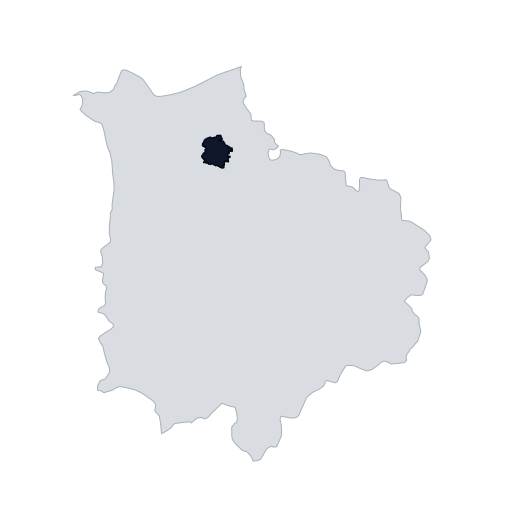 location of Dzyatlava, Grodno, Belarus, rotated 82°
{"feature_id": "67162791B37208014069458", "entity_name": "Dzyatlava", "entity_type": "district", "adm_level": 2, "iso_a3": "BLR", "parent_name": "Belarus", "parent_adm1": "Grodno", "projection": "mercator", "projection_center": [25.377, 53.437], "detail": "fine", "context": "in_parent", "style": "filled", "palette": "ink", "viewbox_px": 512, "rotation_deg": 82, "n_neighbors": 0, "source": "geoboundaries", "source_scale": "gbopen_adm2", "svg_char_len": 7058}
<svg xmlns="http://www.w3.org/2000/svg" viewBox="0 0 512 512"><g transform="rotate(82 256 256)"><path d="M418.5,374.3L410.5,373.8L400.8,374.0L395.3,377.8L389.4,375.9L385.2,378.1L375.6,388.5L371.9,394.1L368.4,402.7L366.2,409.0L367.4,413.5L369.1,417.6L369.5,422.0L370.4,425.5L368.1,428.0L366.7,431.6L362.6,431.0L357.7,427.5L356.7,422.5L352.9,418.9L350.4,417.1L346.2,416.8L339.6,418.5L331.0,419.7L324.5,420.1L321.0,421.9L315.7,423.6L313.7,421.6L310.8,415.8L308.4,410.1L306.7,407.6L305.3,406.9L303.6,407.0L301.5,408.8L300.0,410.7L294.6,412.9L292.2,414.9L289.5,420.2L287.8,419.8L286.0,418.6L283.9,412.7L281.1,411.3L276.5,411.3L270.8,410.0L266.3,408.2L264.6,408.7L261.9,411.2L258.9,411.5L252.4,409.3L251.2,410.3L247.4,416.8L245.7,417.1L244.7,416.3L245.2,410.7L241.5,408.7L235.1,408.4L230.7,409.2L228.5,408.9L227.4,407.8L221.9,398.3L219.1,397.7L213.9,398.2L206.3,397.1L197.5,394.9L192.6,394.1L190.1,392.0L184.7,391.3L170.2,387.2L164.2,386.5L155.5,386.5L142.2,385.6L133.7,386.1L129.7,387.4L125.1,388.2L109.3,389.3L103.7,390.4L102.1,392.4L100.2,396.8L93.7,404.3L87.4,409.4L86.2,409.8L82.5,407.1L79.4,406.2L75.8,405.9L73.2,406.8L71.6,408.1L71.8,413.9L71.5,414.4L68.7,407.5L68.9,401.2L70.5,397.6L72.4,394.4L71.6,389.6L73.4,383.1L73.5,378.5L72.7,376.4L71.2,374.1L67.1,371.5L65.2,369.5L59.7,366.8L54.1,363.5L53.2,361.4L53.5,360.0L54.4,357.8L58.6,351.5L63.2,345.4L66.1,342.9L81.7,335.0L84.1,332.3L84.7,327.6L84.4,318.1L83.5,309.4L82.3,303.4L79.3,292.2L71.2,268.7L66.4,244.2L69.5,245.7L77.0,246.2L82.9,244.5L85.9,244.3L88.6,244.8L96.4,243.4L98.3,245.6L101.8,247.6L108.6,244.8L114.7,241.3L121.0,241.7L121.9,240.0L123.4,231.2L125.3,229.3L132.8,230.2L135.6,228.6L138.5,224.3L142.9,221.6L146.6,221.6L150.4,218.6L152.3,220.6L153.3,224.2L152.0,227.1L152.5,228.3L155.2,229.7L159.8,229.7L162.7,228.5L163.4,226.8L163.4,223.8L162.6,221.0L160.7,218.6L157.1,217.3L154.5,217.3L154.1,215.7L155.0,212.4L157.2,206.3L160.0,200.8L161.7,198.7L161.9,196.8L161.6,193.5L161.6,187.4L164.0,178.9L167.4,172.6L171.8,170.5L177.3,169.4L180.8,166.4L182.5,162.9L184.0,157.3L185.8,156.2L198.9,156.9L200.9,151.4L202.1,149.9L204.6,148.2L206.4,146.3L205.7,144.8L202.3,143.8L194.4,142.9L192.8,141.1L193.3,138.9L195.4,133.2L197.5,125.8L198.5,120.1L198.6,116.7L199.7,115.8L206.2,114.7L208.3,113.5L213.9,105.7L218.1,104.3L229.1,106.4L234.1,106.2L240.4,106.8L241.0,106.0L243.2,98.2L254.0,85.7L259.8,81.3L263.5,80.4L264.7,80.6L270.5,87.2L271.9,87.5L275.8,84.7L282.4,84.5L285.5,86.8L290.0,94.9L292.2,95.8L298.7,91.3L302.3,89.8L304.7,89.9L316.9,96.1L317.8,98.2L317.9,100.5L316.0,107.8L318.5,112.3L321.5,115.4L327.8,110.4L330.1,108.9L332.6,108.9L336.0,107.0L338.5,104.2L340.8,103.2L345.3,103.9L353.5,103.2L362.9,107.7L363.7,109.0L368.5,114.2L370.1,116.8L371.7,117.6L374.2,120.1L377.6,121.7L379.9,121.2L381.0,122.0L382.1,124.0L382.2,127.4L381.8,137.0L378.4,142.0L378.0,143.7L378.2,145.9L380.8,150.0L384.3,156.4L385.1,160.1L385.1,162.8L380.4,171.0L378.8,172.9L377.7,176.9L377.2,180.9L377.5,182.6L385.4,189.1L391.2,192.6L392.5,194.3L392.6,195.3L389.5,202.2L389.2,204.0L393.9,206.9L396.5,211.4L398.8,218.7L403.2,225.6L419.7,235.8L421.2,237.6L421.7,239.8L421.2,244.6L418.1,253.5L421.0,254.9L428.3,254.5L437.1,255.6L447.7,262.0L447.8,264.8L446.7,267.4L447.4,270.2L448.6,272.5L457.8,279.5L458.6,281.6L458.8,285.0L458.6,287.5L456.0,288.0L453.2,289.2L448.6,292.2L446.7,296.5L439.3,302.3L434.6,304.9L431.0,305.0L422.2,303.9L419.1,301.0L417.9,298.3L414.5,297.1L410.0,297.0L403.8,297.5L402.6,298.3L401.6,301.5L398.9,307.1L397.1,310.2L404.9,321.1L408.8,325.6L410.1,328.3L410.0,330.3L408.2,332.6L408.4,337.2L412.3,343.3L411.0,344.2L410.6,351.7L410.6,359.6L411.6,361.5L413.7,363.1L415.4,366.0L418.3,372.6L418.5,374.3Z" fill="#d9dde1" stroke="#a8b0b8" stroke-width="1"/><path d="M148.8,264.9L148.3,264.9L147.8,264.8L146.9,264.7L146.4,264.8L145.9,264.8L145.7,264.9L145.9,265.4L146.2,265.7L146.3,266.0L145.9,266.3L145.4,266.5L144.9,266.7L144.4,266.9L144.2,267.6L143.9,268.2L143.1,268.7L142.7,268.9L142.6,269.4L142.4,269.9L142.2,270.4L141.9,270.8L141.4,271.1L140.8,271.3L140.1,271.4L139.7,271.5L139.4,271.7L139.2,272.0L138.8,272.1L138.3,272.2L137.9,272.3L137.8,272.7L137.8,273.1L137.8,273.6L137.5,274.0L137.2,274.1L136.9,274.4L136.8,274.7L136.8,275.2L137.0,275.6L136.9,276.0L136.8,276.5L136.5,276.6L136.2,276.3L136.1,275.8L136.1,275.2L136.0,274.6L136.1,274.1L136.0,273.6L135.8,273.3L135.5,273.2L135.3,273.3L135.2,273.5L134.6,273.4L134.4,273.5L134.2,273.6L133.9,273.8L133.5,274.0L133.0,274.0L132.4,274.0L131.9,274.1L131.5,274.5L131.6,275.0L131.9,275.2L131.7,275.5L131.5,276.2L131.2,276.6L131.3,277.4L131.4,277.7L131.5,278.1L131.9,278.5L132.2,278.7L132.7,278.7L133.2,278.9L133.4,279.2L133.6,279.8L133.6,280.1L133.1,280.3L132.7,280.4L132.8,280.9L132.9,281.3L133.0,282.2L133.0,282.9L133.0,283.5L132.8,283.9L132.6,284.2L132.2,284.4L132.0,284.6L132.1,284.9L132.2,285.1L132.2,285.4L132.1,285.7L132.2,286.1L132.4,286.3L132.6,286.6L132.6,287.3L132.6,287.9L132.8,288.6L133.2,289.0L133.3,289.3L133.4,289.9L133.8,290.5L134.1,290.9L134.5,291.0L134.9,291.3L135.6,291.7L136.1,292.0L136.5,292.3L136.8,292.7L136.9,292.8L137.2,293.1L137.7,293.1L138.2,293.1L138.5,293.5L139.0,293.6L139.3,293.5L139.4,293.1L139.7,293.0L140.1,292.9L140.1,292.6L140.0,292.1L140.3,291.8L140.9,291.7L141.2,291.2L141.4,290.7L141.8,290.5L142.4,290.5L143.0,290.6L143.3,291.0L143.4,291.4L143.7,291.7L143.9,291.7L144.4,291.7L145.4,291.8L146.2,291.7L146.5,291.8L146.6,292.1L146.8,292.5L146.8,292.9L146.8,293.3L146.9,293.7L147.1,293.9L147.4,294.1L147.5,294.1L148.1,294.1L148.5,294.3L148.7,294.5L148.8,294.8L148.8,295.2L149.1,295.6L149.5,295.8L149.8,295.8L150.4,295.8L150.6,295.7L150.8,295.5L151.1,295.4L151.5,295.2L151.9,295.1L152.0,294.9L152.3,294.6L152.7,294.4L152.9,294.0L152.8,293.4L153.2,293.1L153.4,293.1L153.6,292.7L153.9,292.6L154.2,292.9L154.4,293.4L154.5,293.8L154.8,294.1L155.1,294.3L155.5,294.5L156.1,294.7L156.1,294.1L156.3,293.4L156.4,293.1L156.9,292.6L157.1,292.0L157.2,291.6L156.7,291.0L156.8,290.7L157.6,290.4L158.0,290.3L158.4,290.1L158.3,289.7L158.4,289.3L158.5,289.1L158.7,288.7L158.9,288.2L158.9,287.8L158.8,287.4L158.6,286.9L158.6,286.5L158.7,285.9L159.0,285.6L159.5,285.4L159.7,285.2L160.0,284.4L160.1,284.2L160.9,283.6L160.8,283.1L160.8,282.4L160.9,281.9L161.2,281.5L161.7,281.1L161.9,280.5L161.9,280.2L161.9,279.8L162.1,279.5L162.4,279.5L162.9,279.4L163.2,279.3L163.2,278.9L163.2,278.5L163.4,278.0L163.6,277.9L164.0,277.7L164.2,277.2L164.1,276.8L163.9,276.5L164.0,276.2L164.1,275.9L164.0,275.6L163.6,275.5L163.1,275.4L162.5,275.4L161.8,275.4L161.7,274.9L161.1,274.6L160.7,274.6L160.3,274.7L159.7,274.6L159.4,274.4L159.1,274.2L158.9,274.1L158.4,274.1L157.7,273.9L157.2,273.6L157.3,273.2L157.5,273.0L158.1,272.7L158.3,272.3L158.2,271.7L158.3,271.3L158.8,270.9L158.9,270.6L158.7,270.2L158.2,270.1L157.5,270.2L156.4,270.2L155.4,270.0L154.9,269.8L154.7,269.2L154.7,268.7L154.5,268.0L154.0,267.9L153.7,268.0L153.6,268.7L153.5,269.6L153.0,270.0L152.0,270.0L151.0,269.7L150.8,269.3L150.8,268.5L150.4,268.2L149.6,268.2L148.7,268.1L148.4,267.5L148.5,266.8L148.8,266.2L148.8,265.6L148.8,264.9L148.8,264.9Z" fill="#0f172a" stroke="#020617" stroke-width="1.5"/></g></svg>